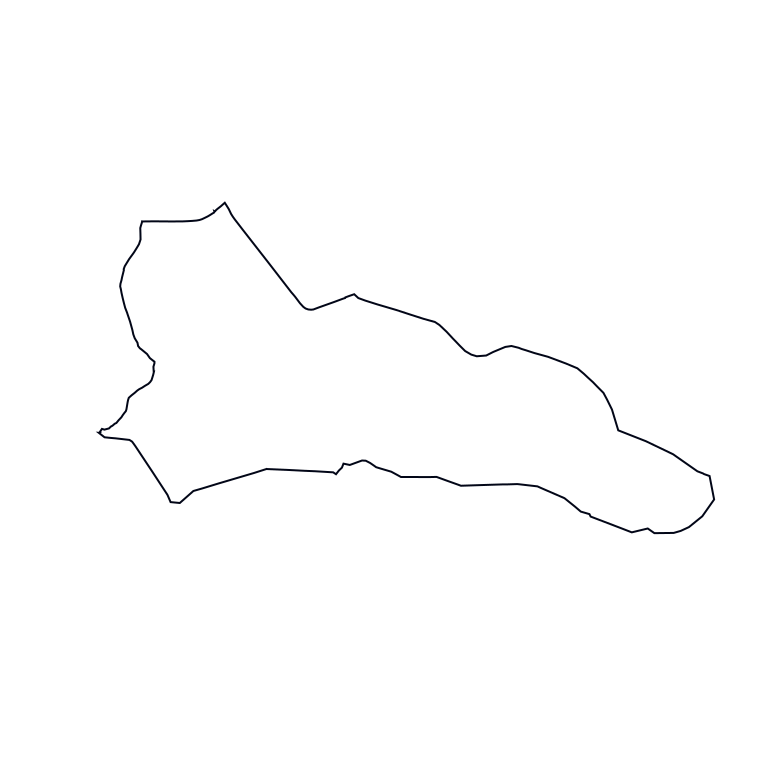 outline of Ifako/Ijaye, Lagos, Nigeria, rotated 164°
{"feature_id": "59680162B46296414727789", "entity_name": "Ifako/Ijaye", "entity_type": "district", "adm_level": 2, "iso_a3": "NGA", "parent_name": "Nigeria", "parent_adm1": "Lagos", "projection": "orthographic", "projection_center": [3.317, 6.663], "detail": "fine", "context": "isolated", "style": "outline", "palette": "ink", "viewbox_px": 768, "rotation_deg": 164, "n_neighbors": 0, "source": "geoboundaries", "source_scale": "gbopen_adm2", "svg_char_len": 2959}
<svg xmlns="http://www.w3.org/2000/svg" viewBox="0 0 768 768"><g transform="rotate(164 384 384)"><path d="M96.4,205.8L101.2,209.2L102.0,210.1L106.8,213.7L123.0,233.7L125.4,236.7L148.0,256.8L171.6,274.9L171.9,296.6L173.9,307.6L175.5,315.0L179.9,323.0L182.6,328.1L186.3,334.1L189.1,338.8L193.8,345.8L203.4,353.5L218.8,364.9L230.9,372.3L238.3,377.3L242.0,379.7L244.6,381.7L251.0,385.4L257.2,386.2L269.3,384.8L270.7,384.6L277.9,383.2L287.2,385.1L292.0,388.2L296.9,393.3L300.7,400.1L303.0,404.5L305.3,408.8L309.5,417.1L314.5,425.5L318.0,429.6L328.1,435.8L340.2,443.9L351.7,451.7L368.4,462.3L379.1,469.4L385.0,473.7L387.9,478.5L393.4,478.2L397.3,477.9L397.6,477.4L400.0,477.3L409.2,476.6L425.2,475.6L431.4,475.1L433.6,475.5L436.2,476.5L438.6,478.2L440.3,480.4L442.5,484.8L444.1,489.0L445.4,492.4L446.6,495.1L447.9,497.9L460.9,530.6L477.3,571.3L478.4,574.1L479.6,577.1L482.1,583.4L483.2,586.5L484.1,589.6L485.0,594.9L486.1,598.8L487.1,602.1L491.9,599.8L495.9,598.2L498.0,597.2L498.5,596.7L499.4,596.8L499.5,596.9L499.5,596.3L499.8,595.9L500.0,595.7L502.2,595.1L504.9,594.3L507.2,593.7L510.5,593.1L513.5,592.6L516.1,592.5L519.1,592.8L523.7,593.7L528.1,594.7L532.7,595.8L543.4,598.8L551.9,601.3L554.6,602.1L561.1,604.0L571.3,606.8L571.7,607.0L572.3,605.8L573.9,603.4L575.3,601.1L576.7,595.6L578.2,590.0L581.0,585.9L584.3,582.8L588.2,579.3L594.6,574.3L600.7,568.7L602.6,566.1L602.6,565.3L606.3,558.9L607.7,556.2L609.7,553.0L610.7,550.5L610.8,547.7L611.2,543.9L611.5,538.8L611.7,533.5L611.8,528.6L611.3,523.1L611.3,522.3L610.9,513.9L611.0,505.1L611.3,500.8L611.0,496.7L609.9,492.7L609.6,491.7L609.9,488.3L608.8,485.6L607.7,484.2L603.5,478.1L601.9,473.4L598.5,468.6L599.0,467.1L600.9,464.1L602.0,459.2L601.8,459.2L603.3,456.5L605.0,453.9L606.4,451.8L608.3,450.3L610.5,449.1L614.4,448.1L617.6,447.1L620.7,446.5L623.0,445.7L626.1,444.2L629.8,442.7L633.1,441.1L634.4,439.2L635.5,437.1L638.6,430.6L639.7,429.0L641.6,427.7L643.8,426.0L645.6,424.4L649.0,422.4L652.0,420.3L653.9,420.0L655.5,419.2L656.7,418.7L658.2,418.4L660.6,417.1L665.3,417.2L667.5,418.6L670.6,416.0L670.2,415.7L670.7,415.4L671.6,415.7L669.5,412.8L667.3,409.8L661.3,407.4L657.1,405.8L644.1,400.4L642.0,398.0L640.2,393.0L630.7,363.0L622.7,337.1L621.7,329.3L613.1,325.9L596.7,333.7L587.7,333.7L570.2,334.0L557.4,334.1L533.5,334.3L520.1,334.7L519.9,334.5L500.7,328.1L493.7,325.7L484.7,322.6L474.2,319.1L457.2,313.1L455.0,310.5L451.3,313.2L447.5,315.2L444.9,318.6L439.2,315.6L426.2,316.5L422.7,315.3L419.1,311.9L415.9,308.0L414.5,306.2L410.0,303.3L401.2,297.7L396.1,292.7L393.3,289.9L364.8,281.7L359.1,280.2L349.6,273.3L340.4,266.7L338.1,265.0L322.6,261.1L297.3,254.7L296.6,254.5L292.7,253.4L283.6,251.1L282.3,250.6L264.7,243.3L263.2,242.0L261.9,240.9L242.0,224.5L234.3,213.6L230.0,207.1L222.4,202.3L221.9,199.6L215.5,194.8L195.8,180.0L186.7,173.1L170.3,172.4L165.2,166.1L146.6,161.0L139.3,161.0L130.3,162.4L128.9,163.0L114.5,169.1L98.5,182.0L96.4,205.8Z" fill="none" stroke="#020617" stroke-width="2"/></g></svg>